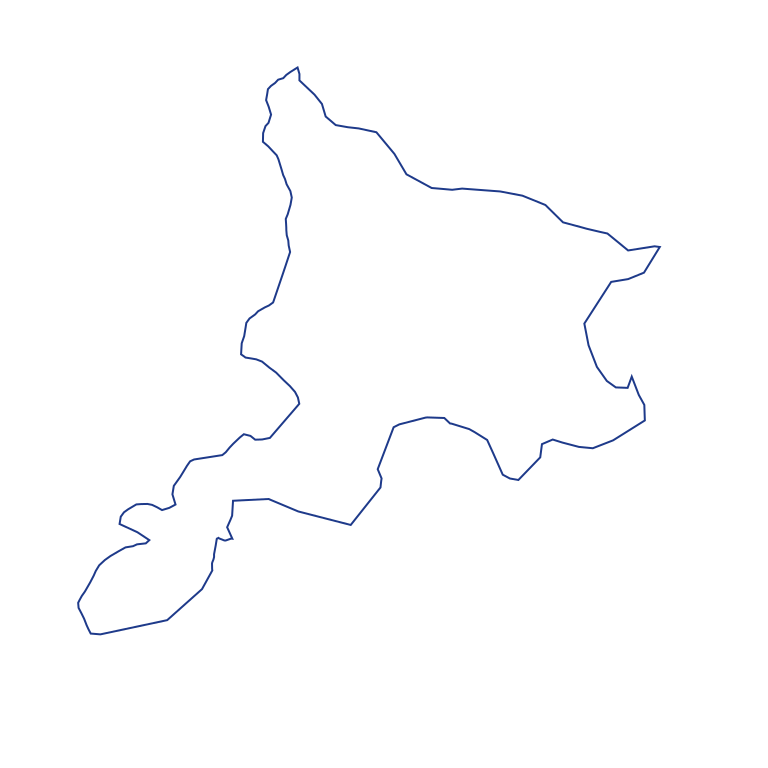 Ukwa East, Abia, Nigeria (Albers equal-area conic projection), rotated 190°
{"feature_id": "59680162B72042998542035", "entity_name": "Ukwa East", "entity_type": "district", "adm_level": 2, "iso_a3": "NGA", "parent_name": "Nigeria", "parent_adm1": "Abia", "projection": "albers", "projection_center": [7.459, 4.962], "detail": "fine", "context": "isolated", "style": "outline", "palette": "blue", "viewbox_px": 768, "rotation_deg": 190, "n_neighbors": 0, "source": "geoboundaries", "source_scale": "gbopen_adm2", "svg_char_len": 2861}
<svg xmlns="http://www.w3.org/2000/svg" viewBox="0 0 768 768"><g transform="rotate(190 384 384)"><path d="M629.5,87.3L619.8,88.2L556.5,113.8L527.6,150.4L520.7,170.6L521.1,171.8L522.2,177.4L522.1,178.7L521.5,181.5L521.3,184.1L521.8,186.8L521.7,195.6L521.8,202.4L521.4,203.0L520.7,203.3L520.3,203.7L520.0,203.5L518.6,203.1L516.4,202.7L514.7,202.3L513.5,202.2L512.7,202.4L507.7,205.2L506.5,205.3L513.6,215.7L511.7,223.3L510.7,227.9L512.4,242.8L477.7,250.7L446.3,243.6L392.3,239.4L369.5,281.5L369.9,287.7L370.0,290.6L375.4,299.0L367.0,343.1L361.9,346.9L337.3,358.1L335.6,358.6L318.7,361.0L312.1,356.6L310.6,356.7L292.3,354.4L286.3,352.3L272.7,346.8L264.6,335.0L251.3,315.3L243.6,312.8L235.0,312.8L217.4,338.9L218.0,352.2L208.2,358.6L198.1,357.3L181.1,355.9L167.2,357.0L148.6,368.3L120.8,393.4L124.0,408.6L131.2,417.5L141.3,434.3L142.3,428.6L143.4,422.5L155.1,420.9L165.1,425.7L177.3,437.8L189.3,457.7L197.2,478.3L178.0,524.0L161.8,529.7L147.3,538.8L136.2,566.8L141.4,566.6L166.8,557.9L180.1,565.4L190.1,571.0L197.3,571.3L211.5,572.1L216.6,572.6L235.8,574.3L252.2,585.6L256.1,588.3L273.8,592.1L280.4,593.5L303.0,593.8L341.0,590.0L347.0,588.2L350.6,587.1L362.2,586.1L371.1,585.3L398.3,594.4L413.7,612.4L435.2,630.6L453.3,631.3L464.2,630.6L476.5,630.6L487.9,637.3L493.8,649.1L494.2,649.4L502.7,656.9L520.0,668.3L521.1,674.6L524.1,680.7L530.3,675.1L533.9,671.4L536.3,667.7L537.7,667.0L541.1,665.3L543.5,661.6L547.1,657.9L549.5,654.2L549.4,649.3L549.4,643.1L545.7,637.0L542.0,629.7L543.1,621.1L545.5,617.4L546.6,610.1L545.3,601.5L539.2,597.9L534.3,594.2L529.4,590.6L528.2,588.8L527.0,587.0L524.5,582.1L522.0,577.2L519.6,572.3L517.1,568.7L514.6,563.8L509.7,557.7L507.2,551.6L507.2,544.2L508.3,534.4L509.4,529.5L508.2,524.6L507.4,521.1L506.9,518.5L505.6,513.6L503.2,508.7L501.9,503.8L499.4,497.7L499.5,496.9L501.7,481.8L503.0,473.2L504.5,463.5L507.2,446.0L507.4,445.0L511.0,441.3L514.6,438.8L520.6,433.8L523.0,430.1L527.8,425.2L530.2,420.3L530.1,415.4L530.0,406.8L531.2,399.4L529.9,388.4L526.3,386.7L525.0,386.0L518.9,386.1L514.1,386.1L508.0,384.9L499.5,380.1L492.2,376.5L483.6,370.4L479.5,367.7L476.3,365.6L470.2,360.7L466.7,356.1L466.5,355.9L464.0,349.8L487.0,311.1L494.4,308.2L501.2,306.8L506.5,309.7L513.3,310.2L516.7,306.3L522.1,299.0L525.0,294.6L528.0,289.3L530.9,285.9L557.9,276.7L558.2,276.5L561.5,274.2L562.4,272.3L563.8,269.3L566.2,263.1L568.6,257.0L573.3,247.2L573.2,238.6L568.4,229.1L571.3,226.8L574.0,224.7L580.7,221.3L586.0,223.2L591.4,224.7L596.1,224.8L602.2,223.6L607.0,222.4L614.2,216.2L617.8,212.5L620.2,207.6L620.1,200.2L601.1,195.2L588.0,189.5L590.9,185.7L599.4,183.2L603.0,180.7L610.2,178.2L616.2,173.3L623.5,167.1L628.3,162.2L633.0,156.0L635.4,149.8L636.6,144.9L638.9,137.6L642.5,127.7L644.8,122.8L646.1,119.0L647.2,115.4L645.9,110.5L642.2,105.7L638.6,100.8L634.9,94.7L632.4,91.1L629.5,87.3Z" fill="none" stroke="#1e3a8a" stroke-width="2"/></g></svg>